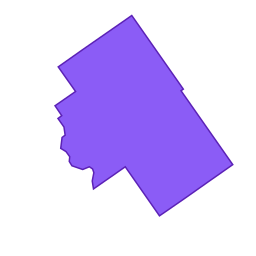 Cherokee, Oklahoma, United States of America (Mercator projection), rotated 325°
{"feature_id": "52423323B29041387960401", "entity_name": "Cherokee", "entity_type": "district", "adm_level": 2, "iso_a3": "USA", "parent_name": "United States of America", "parent_adm1": "Oklahoma", "projection": "mercator", "projection_center": [-95.13, 35.9], "detail": "fine", "context": "isolated", "style": "filled", "palette": "violet", "viewbox_px": 256, "rotation_deg": 325, "n_neighbors": 0, "source": "geoboundaries", "source_scale": "gbopen_adm2", "svg_char_len": 538}
<svg xmlns="http://www.w3.org/2000/svg" viewBox="0 0 256 256"><g transform="rotate(325 128 128)"><path d="M64.8,158.1L103.5,158.2L103.5,163.2L103.5,164.0L103.4,218.0L135.4,218.2L162.1,218.1L192.8,218.1L192.8,127.9L195.6,127.9L195.6,102.0L195.6,38.0L135.8,37.8L105.9,37.9L106.0,68.0L101.5,68.0L81.0,67.9L80.8,79.9L76.1,80.0L76.1,90.5L72.4,97.8L68.6,97.9L61.2,106.1L63.7,111.8L63.8,118.1L60.7,121.7L60.4,126.8L67.1,136.0L74.1,137.6L75.5,141.2L74.4,145.0L68.3,150.9L64.8,158.1Z" fill="#8b5cf6" stroke="#5b21b6" stroke-width="1.5"/></g></svg>